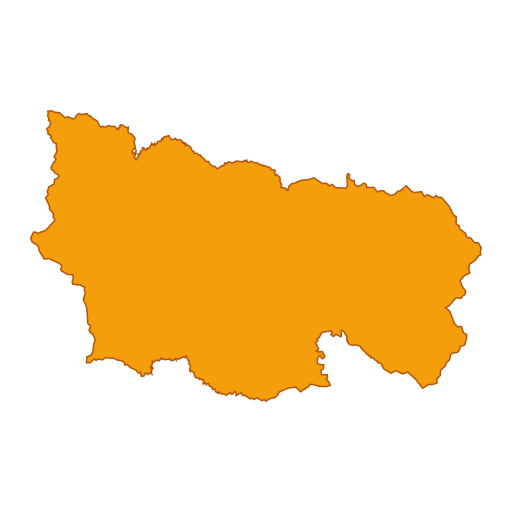 Mae Taeng, Chiang Mai, Thailand (Robinson projection)
{"feature_id": "78962969B22934256607694", "entity_name": "Mae Taeng", "entity_type": "district", "adm_level": 2, "iso_a3": "THA", "parent_name": "Thailand", "parent_adm1": "Chiang Mai", "projection": "robinson", "projection_center": [98.828, 19.19], "detail": "fine", "context": "isolated", "style": "filled", "palette": "amber", "viewbox_px": 512, "rotation_deg": 0, "n_neighbors": 0, "source": "geoboundaries", "source_scale": "gbopen_adm2", "svg_char_len": 6027}
<svg xmlns="http://www.w3.org/2000/svg" viewBox="0 0 512 512"><path d="M51.7,110.7L47.7,111.3L48.3,113.3L47.6,115.9L49.0,118.7L48.4,120.4L50.2,121.4L50.8,123.3L49.0,127.2L47.0,128.4L46.9,129.8L47.9,130.8L48.0,134.1L50.5,135.3L51.1,136.4L50.5,137.5L53.8,142.5L56.3,143.6L56.4,148.9L57.1,149.3L56.7,152.1L54.1,156.8L55.9,159.0L55.5,161.0L53.8,162.0L51.0,167.9L52.0,169.9L53.9,170.9L54.6,172.8L58.1,174.6L59.1,176.2L57.5,178.3L54.8,179.3L54.0,184.0L48.9,186.8L47.4,191.6L48.1,194.8L45.6,197.8L49.5,206.1L49.4,208.9L53.5,213.9L53.2,217.4L54.6,218.7L54.7,220.5L46.1,230.0L44.0,231.2L40.4,232.1L38.2,233.6L35.4,232.1L33.5,232.2L30.7,237.9L31.9,241.7L38.1,245.8L39.3,251.0L44.2,259.0L49.1,258.6L59.6,263.6L61.9,265.8L60.7,269.0L61.1,270.6L67.4,274.3L72.8,274.9L73.3,278.4L72.1,282.0L72.8,284.1L78.0,285.0L80.0,284.5L82.2,286.4L84.7,286.8L84.3,290.3L85.4,292.4L83.3,299.8L85.7,304.5L87.0,309.7L87.8,323.6L90.6,326.0L89.1,330.4L91.3,333.5L92.7,334.0L95.4,340.1L93.8,343.9L92.9,351.8L90.9,355.4L87.0,356.7L86.5,362.8L90.3,362.6L94.4,359.0L96.0,360.4L98.6,359.0L102.4,359.9L105.6,357.6L114.4,358.5L117.6,360.2L121.5,360.6L124.2,362.5L124.9,365.1L127.0,364.3L130.3,367.5L136.1,370.2L138.5,373.1L140.5,372.4L141.3,376.4L144.0,376.0L145.2,373.3L146.5,373.2L147.4,374.4L150.3,372.9L151.8,374.0L151.0,371.7L151.9,370.8L151.5,369.7L153.0,368.3L152.3,367.2L151.0,367.9L150.3,366.4L151.6,365.8L152.5,363.2L152.1,360.5L153.4,362.2L154.6,361.9L155.4,360.1L159.3,360.8L161.0,358.0L162.2,359.4L163.6,358.8L164.5,359.7L170.2,359.0L170.9,360.6L173.7,360.3L175.5,358.4L176.3,360.1L176.8,358.6L179.0,359.1L183.5,356.7L185.0,357.7L186.2,355.9L187.7,359.9L189.0,360.7L189.1,364.3L189.8,364.2L190.5,366.3L189.6,369.4L190.3,371.8L191.6,370.8L193.4,372.0L195.3,377.4L199.1,378.2L199.2,379.4L201.0,378.9L202.2,380.2L203.2,380.0L204.3,382.4L203.1,382.6L203.3,384.0L205.3,383.2L206.6,384.7L206.8,383.7L208.5,383.4L209.7,386.5L211.3,386.4L212.6,389.5L214.7,388.8L216.2,392.4L218.4,393.2L217.9,392.3L219.1,392.1L222.0,394.1L222.7,393.5L226.6,395.3L228.4,393.4L229.6,393.6L230.4,392.7L231.7,394.3L232.8,393.9L235.0,391.3L236.0,392.5L236.1,395.6L241.1,392.7L242.6,395.5L244.6,395.2L250.1,398.8L252.7,398.2L253.4,399.5L257.1,397.9L261.9,400.7L264.3,399.5L265.8,401.3L269.7,398.7L275.1,397.5L277.8,394.9L279.3,391.9L288.1,388.1L295.7,387.1L300.7,391.9L303.6,389.2L305.0,389.4L305.9,387.7L307.6,387.6L310.2,384.4L312.4,384.3L318.8,386.3L326.5,386.6L330.3,385.2L328.7,381.6L326.3,379.7L327.5,377.6L327.3,374.8L321.5,374.7L321.0,370.6L323.4,368.8L323.8,364.8L318.2,364.2L317.4,363.1L317.3,359.1L319.7,355.6L320.7,355.5L321.1,357.6L322.4,358.8L324.4,357.5L324.8,355.9L322.2,351.5L318.3,352.0L316.2,351.0L318.2,350.0L318.5,348.6L315.4,342.6L317.8,341.1L316.8,338.8L319.3,337.6L321.3,333.1L323.9,332.0L330.9,330.8L332.3,332.5L330.9,334.6L332.6,336.1L333.9,336.4L335.7,334.2L340.8,336.8L341.5,335.9L341.1,331.1L342.1,330.3L343.8,331.6L346.8,336.6L346.9,339.7L348.0,341.1L347.3,341.6L349.0,344.1L352.1,345.4L355.1,344.7L360.9,346.4L361.1,348.4L362.6,349.1L362.9,350.6L364.2,350.8L367.0,354.5L368.4,354.9L369.1,356.3L370.8,356.4L370.9,357.9L373.3,358.0L375.1,360.1L377.0,360.7L377.7,362.7L380.8,363.1L383.8,368.9L390.9,373.2L395.9,370.7L402.3,373.9L407.8,372.1L415.8,379.4L422.6,388.2L428.7,384.5L432.6,384.5L437.1,382.9L436.8,379.2L440.3,375.5L440.5,370.2L445.0,366.4L446.5,362.5L449.5,359.9L450.6,354.7L452.3,353.2L457.4,352.4L459.5,349.8L460.2,346.3L464.5,345.2L466.7,337.8L466.5,334.3L463.4,332.8L461.3,326.4L457.7,326.9L454.5,323.5L449.7,311.3L445.5,307.4L449.2,305.8L455.4,298.4L456.9,297.8L460.8,298.5L462.4,296.2L464.8,294.8L465.7,291.3L462.2,286.5L460.1,280.5L464.4,275.7L469.8,273.1L468.8,269.7L469.4,264.3L474.9,260.6L478.9,255.7L480.8,254.7L480.3,251.8L481.3,248.0L478.4,242.9L474.3,242.7L470.8,238.0L466.8,237.2L465.2,233.0L459.5,228.7L459.1,225.6L456.1,224.3L456.2,216.6L453.7,215.4L449.2,206.4L441.6,197.4L438.5,197.4L436.0,195.4L434.2,197.4L433.0,197.5L427.5,194.6L424.3,196.5L421.5,191.7L413.9,192.6L410.9,190.8L406.3,185.9L400.4,190.7L397.8,191.3L394.7,194.3L391.0,195.5L385.8,193.0L383.5,190.7L379.7,190.9L377.5,192.0L373.9,187.4L366.8,187.4L366.0,184.4L364.8,183.4L363.0,183.4L361.2,185.2L357.5,186.5L354.6,184.4L354.2,180.7L351.5,180.3L349.5,178.6L349.0,177.1L349.6,174.4L347.7,173.7L346.8,176.1L347.4,186.1L345.8,188.2L335.4,187.6L332.1,184.3L329.7,185.9L326.3,183.2L322.5,183.5L313.7,177.8L309.3,179.5L301.1,180.3L293.5,183.6L292.1,183.3L288.8,186.6L287.8,190.3L286.9,190.2L285.8,188.3L280.6,187.2L281.6,184.5L280.1,181.9L279.9,177.4L276.3,174.4L275.5,175.3L274.5,173.4L275.1,170.4L270.7,169.4L270.7,168.2L269.2,167.3L264.5,165.8L263.4,166.2L263.0,165.2L260.1,164.8L257.9,163.1L252.7,162.3L251.6,161.1L248.6,162.6L247.3,162.1L246.8,160.1L245.2,161.2L244.5,160.4L242.8,161.9L236.5,161.0L232.6,163.0L228.7,161.9L226.9,162.7L226.6,163.9L224.5,163.1L224.5,164.5L223.2,165.7L221.7,165.8L217.5,169.0L214.7,166.2L213.4,166.6L210.0,164.3L208.6,161.5L206.0,161.5L204.4,159.1L201.3,156.8L200.5,155.1L198.5,154.8L196.7,153.2L194.2,153.4L193.9,151.5L192.6,151.3L190.4,147.0L187.2,144.9L185.6,145.5L185.9,143.7L184.4,144.0L184.4,142.8L182.7,143.2L182.9,142.0L180.6,139.9L176.7,139.9L175.3,138.2L174.6,139.1L171.0,139.6L168.8,135.6L163.6,137.2L162.8,139.4L161.7,138.8L161.4,140.7L157.5,141.8L157.2,143.1L154.7,145.2L154.6,143.5L152.5,145.0L151.7,143.3L149.8,147.2L147.7,148.9L147.2,148.2L145.9,150.2L143.8,147.9L143.6,148.6L142.4,148.0L142.4,150.6L140.5,151.2L140.4,153.7L138.0,154.0L139.1,155.1L136.1,159.8L134.1,157.2L135.4,155.5L136.0,151.4L132.9,154.2L132.2,151.4L133.7,148.7L135.6,149.4L134.0,141.5L135.0,139.6L134.7,137.8L132.1,134.5L128.0,132.5L128.3,127.1L126.4,127.8L122.0,124.9L120.4,125.0L119.7,125.9L120.2,126.8L118.9,128.4L118.3,128.0L117.9,129.7L114.3,126.2L111.8,126.6L108.6,125.6L104.8,127.3L102.7,126.3L101.0,127.0L99.3,125.5L97.3,121.0L91.8,117.9L90.9,116.2L88.2,115.5L86.9,113.6L81.4,114.6L79.0,113.5L76.5,115.3L75.6,117.6L73.1,119.0L68.2,116.8L65.0,117.7L59.6,112.8L53.8,112.0L51.7,110.7Z" fill="#f59e0b" stroke="#b45309" stroke-width="1.5"/></svg>